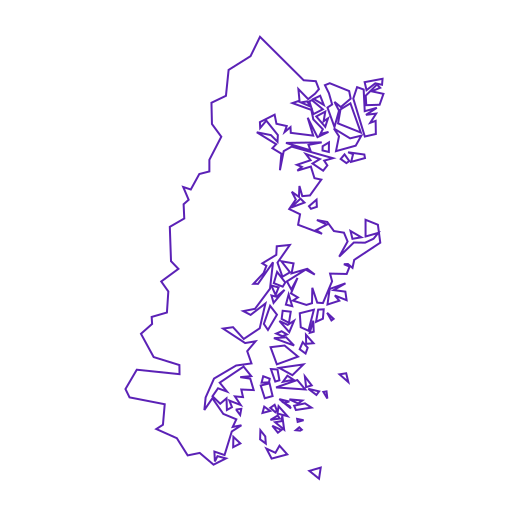 an SVG outline of Aisén del General Carlos Ibáñez del Campo, rotated 183°
{"feature_id": "CHL-2691", "entity_name": "Aisén del General Carlos Ibáñez del Campo", "entity_type": "Region", "adm_level": 1, "iso_a3": "CHL", "parent_name": "Chile", "parent_adm1": "", "projection": "albers", "projection_center": [-74.056, -46.391], "detail": "fine", "context": "isolated", "style": "outline", "palette": "violet", "viewbox_px": 512, "rotation_deg": 183, "n_neighbors": 0, "source": "natural_earth", "source_scale": "10m", "svg_char_len": 6163}
<svg xmlns="http://www.w3.org/2000/svg" viewBox="0 0 512 512"><g transform="rotate(183 256 256)"><path d="M346.5,78.0L340.1,82.6L339.4,103.2L374.9,108.2L379.4,116.3L369.1,136.2L326.2,134.0L326.8,143.1L352.9,149.7L366.8,172.3L356.2,182.7L357.0,189.7L342.0,194.9L341.7,216.0L349.3,225.6L332.8,239.1L340.6,246.4L343.6,280.6L329.6,289.7L331.0,303.9L326.2,308.6L332.3,321.1L324.6,319.0L316.9,334.9L307.0,338.0L307.6,349.6L296.9,373.3L306.9,385.5L308.5,406.7L294.4,414.4L293.1,440.4L271.9,455.3L263.5,475.1L217.6,434.0L205.4,433.7L201.9,425.9L205.5,421.2L212.1,415.4L222.4,424.9L220.7,413.4L227.6,410.6L208.4,404.8L205.9,395.4L195.9,386.1L198.1,381.3L190.1,383.7L200.8,377.9L211.6,396.8L205.2,379.2L227.7,380.8L228.3,386.5L233.9,381.3L232.1,387.4L242.5,389.1L244.8,398.1L259.1,389.9L258.5,384.1L252.8,391.7L240.5,377.9L240.5,371.2L247.4,377.5L261.7,379.6L241.7,368.7L245.3,364.5L236.0,359.5L236.6,342.9L233.8,362.2L226.1,367.1L184.3,357.7L192.9,354.8L189.5,350.2L193.4,344.7L204.4,351.3L197.3,356.1L211.6,360.5L206.5,354.5L219.9,349.2L214.9,347.4L219.2,343.4L205.9,348.2L201.7,336.8L194.8,335.7L205.3,319.3L212.9,318.2L216.3,328.2L216.2,317.3L223.6,322.0L219.2,314.5L225.3,304.6L214.2,300.0L215.6,289.4L191.2,281.6L197.2,285.1L186.9,291.1L197.1,295.1L186.6,293.7L179.5,285.0L169.4,283.9L165.3,275.3L172.9,259.7L159.0,274.6L147.8,275.0L139.5,279.4L135.1,285.5L147.6,281.2L148.5,297.9L135.9,293.6L132.6,275.8L157.7,257.3L159.0,249.2L163.8,252.8L167.8,252.4L162.0,250.3L164.5,242.8L181.1,242.3L178.7,234.7L186.7,212.5L192.4,212.6L198.1,227.2L197.6,211.8L203.1,209.8L216.8,213.4L212.0,216.8L219.1,220.5L213.4,236.3L219.0,224.4L223.8,232.3L205.7,245.0L196.3,240.5L204.1,245.9L219.6,240.5L218.1,250.6L230.4,252.1L221.2,241.5L228.5,236.7L234.2,250.5L222.8,268.8L235.8,266.8L235.8,258.2L249.3,249.0L245.1,246.7L247.5,239.4L257.1,228.1L252.5,228.3L238.7,250.6L240.3,224.1L254.2,203.2L265.8,200.3L258.3,196.9L244.1,209.1L248.5,184.0L263.9,172.5L275.2,183.7L285.1,181.8L262.3,168.5L252.0,170.8L259.8,160.5L254.9,148.5L270.1,145.6L291.5,131.4L298.9,112.1L299.5,99.5L292.1,111.7L280.4,96.6L267.1,91.9L270.3,84.1L261.7,86.2L271.0,79.5L277.0,55.6L287.3,58.5L286.3,48.7L284.0,54.1L275.4,52.3L287.5,45.4L301.9,56.4L313.8,53.3L325.5,69.9L346.5,78.0ZM251.3,122.0L263.7,121.9L261.6,114.4L269.7,114.7L263.5,106.4L275.0,110.2L272.1,103.8L277.0,100.7L278.0,112.3L284.0,106.6L292.1,113.7L287.0,121.9L277.9,119.1L285.6,127.6L262.6,144.9L254.5,135.8L265.4,134.2L255.3,133.2L251.3,122.0ZM163.9,429.9L157.2,427.9L155.0,406.3L143.1,410.3L153.6,402.7L143.5,404.5L148.9,395.0L143.6,397.2L142.7,384.1L153.6,381.0L167.1,418.3L163.9,429.9ZM191.7,422.4L196.1,430.2L191.4,432.4L171.6,425.6L169.7,418.1L179.1,409.2L185.7,414.0L180.7,405.5L184.4,388.9L192.4,408.0L187.9,411.3L191.7,422.4ZM169.7,413.4L157.8,384.8L181.0,392.7L179.3,406.8L169.7,413.4ZM236.7,165.7L222.8,168.1L208.8,157.7L229.5,148.9L236.7,165.7ZM157.1,381.7L162.2,371.4L181.6,364.9L179.4,379.9L184.9,387.4L168.2,378.4L157.1,381.7ZM199.8,125.3L229.1,125.8L208.3,134.3L199.8,125.3ZM232.0,370.5L196.3,372.9L209.4,369.7L207.2,364.4L232.0,370.5ZM182.1,211.3L180.7,226.9L165.2,233.4L176.6,226.0L164.9,225.1L163.2,216.6L175.2,220.7L170.5,215.7L182.1,211.3ZM154.8,421.9L144.2,433.5L140.8,430.5L149.1,426.5L137.2,424.6L140.5,413.5L153.8,412.4L154.8,421.9ZM195.4,205.4L199.7,184.1L207.6,187.2L209.3,201.1L195.4,205.4ZM240.2,182.8L244.6,188.6L239.3,207.0L232.0,198.5L240.2,182.8ZM203.0,150.2L213.4,138.9L227.0,145.5L203.0,150.2ZM213.3,168.6L233.8,174.9L221.6,176.4L213.3,168.6ZM214.4,59.5L229.8,54.5L235.5,64.2L226.3,60.5L222.6,67.8L214.4,59.5ZM239.8,114.4L244.5,126.9L235.8,129.5L232.1,117.0L239.8,114.4ZM218.4,202.2L219.6,191.0L227.1,194.5L226.5,202.7L218.4,202.2ZM169.5,364.4L153.1,363.0L152.3,359.5L165.9,355.0L164.4,362.8L169.5,364.4ZM218.8,181.7L229.2,192.3L220.7,188.9L214.6,193.3L218.8,181.7ZM194.4,403.8L195.5,394.1L191.3,397.2L193.6,388.6L203.1,398.5L194.4,403.8ZM236.8,229.8L234.1,241.2L225.4,231.1L227.7,226.8L236.8,229.8ZM199.4,111.4L192.7,107.5L208.1,104.3L210.1,108.5L199.4,111.4ZM154.3,427.4L156.6,435.3L138.9,439.6L139.1,433.6L145.9,434.7L154.3,427.4ZM210.4,311.9L223.5,306.2L214.6,315.6L210.4,311.9ZM180.3,48.1L181.4,36.9L191.5,44.2L180.3,48.1ZM192.6,193.4L191.1,205.7L185.6,206.3L185.9,196.9L192.6,193.4ZM196.9,406.0L206.1,400.7L210.8,413.2L208.3,414.6L196.9,406.0ZM236.0,210.1L238.5,217.4L233.5,216.4L225.7,223.7L236.0,210.1ZM226.1,133.1L230.2,131.6L235.2,143.9L228.6,143.8L226.1,133.1ZM157.2,134.9L166.4,142.2L159.8,143.6L157.2,134.9ZM221.4,97.8L218.8,84.1L228.2,91.0L221.8,92.4L221.4,97.8ZM201.3,170.9L202.0,180.0L194.0,171.9L201.3,170.9ZM217.2,207.8L223.6,209.0L221.4,219.3L217.2,207.8ZM269.1,74.2L261.8,68.0L268.8,63.9L269.1,74.2ZM199.1,127.7L200.9,138.3L193.6,129.7L199.1,127.7ZM176.5,357.3L172.9,362.1L167.8,355.7L170.6,353.5L176.5,357.3ZM207.5,165.2L204.8,172.4L199.6,167.1L201.4,161.2L207.5,165.2ZM200.3,419.4L196.2,410.4L206.7,415.9L200.3,419.4ZM220.4,110.8L214.5,107.8L213.2,105.6L225.2,114.3L215.1,112.4L220.4,110.8ZM206.2,110.9L215.1,114.6L202.2,114.1L206.2,110.9ZM188.7,363.7L195.1,364.9L195.2,369.1L189.1,373.3L188.7,363.7ZM236.4,69.2L242.3,73.1L242.5,82.2L237.3,76.3L236.4,69.2ZM197.8,308.3L203.6,306.0L205.7,308.5L198.5,315.4L197.8,308.3ZM188.4,120.4L196.8,126.1L185.9,124.1L188.4,120.4ZM151.8,280.2L160.6,278.2L162.9,285.9L151.8,280.2ZM219.2,411.7L213.0,413.1L209.4,408.1L219.2,411.7ZM222.5,131.8L218.4,138.1L212.1,134.4L222.5,131.8ZM243.8,129.8L242.5,136.3L235.9,134.2L236.4,130.5L243.8,129.8ZM216.2,97.7L226.3,99.8L225.6,107.2L216.2,97.7ZM224.9,80.7L230.8,87.3L221.5,83.6L224.9,80.7ZM234.4,218.1L239.1,227.3L231.8,225.8L234.4,218.1ZM231.7,179.6L226.5,182.2L221.0,179.3L225.4,177.3L231.7,179.6ZM195.4,194.4L194.4,183.4L198.3,182.1L195.4,194.4ZM177.3,117.4L181.6,123.8L178.5,124.5L177.3,117.4ZM233.8,105.1L229.6,108.4L227.2,103.1L228.5,101.0L233.8,105.1ZM233.0,93.1L226.0,97.8L223.7,94.9L233.0,93.1ZM177.3,195.6L182.0,203.0L175.2,197.3L177.3,195.6ZM262.7,102.6L263.5,96.4L267.4,101.1L267.4,101.7L262.7,102.6ZM239.9,106.0L233.8,102.0L241.3,99.6L239.9,106.0ZM199.9,94.5L205.7,92.5L206.4,95.5L199.9,94.5ZM207.1,84.1L203.8,87.2L201.2,84.9L202.7,83.9L207.1,84.1Z" fill="none" stroke="#5b21b6" stroke-width="2"/></g></svg>